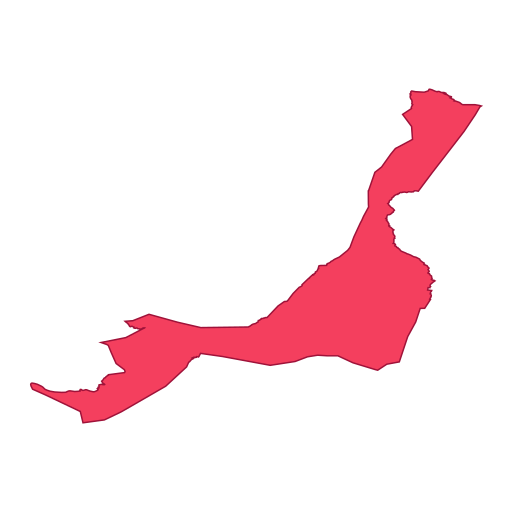 outline of Sør-Fron nor, Oppland, Norway
{"feature_id": "86288312B86605767458860", "entity_name": "Sør-Fron nor", "entity_type": "district", "adm_level": 2, "iso_a3": "NOR", "parent_name": "Norway", "parent_adm1": "Oppland", "projection": "equal_earth", "projection_center": [9.78, 61.603], "detail": "fine", "context": "isolated", "style": "filled", "palette": "rose", "viewbox_px": 512, "rotation_deg": 0, "n_neighbors": 0, "source": "geoboundaries", "source_scale": "gbopen_adm2", "svg_char_len": 5996}
<svg xmlns="http://www.w3.org/2000/svg" viewBox="0 0 512 512"><path d="M377.7,370.2L386.8,364.2L399.3,361.9L407.7,336.6L415.7,322.0L420.2,308.4L424.7,308.3L430.3,299.7L429.6,299.6L429.6,299.1L430.6,297.8L430.8,297.4L430.6,297.1L431.2,296.3L431.3,295.5L430.8,294.2L430.8,293.9L430.2,293.9L430.2,293.4L430.4,293.0L430.6,292.0L431.4,291.3L431.7,290.5L427.6,290.0L428.1,287.6L429.9,287.7L429.9,287.1L430.6,286.6L430.3,286.2L430.0,285.4L430.1,285.1L430.4,284.5L432.9,282.3L434.9,280.9L434.3,280.6L434.1,280.3L432.8,280.2L431.4,279.5L431.5,279.1L432.1,278.6L431.7,277.7L431.8,277.6L431.5,276.0L430.1,275.0L429.9,274.5L429.6,274.3L429.5,273.7L428.1,273.3L428.1,272.5L429.2,271.5L429.1,271.0L428.0,269.6L429.0,268.3L429.0,268.0L428.2,267.5L428.1,267.1L427.6,266.7L427.1,265.7L424.1,264.6L424.5,264.1L423.9,263.5L424.0,262.9L422.7,262.3L420.3,260.4L419.7,259.2L419.3,258.9L415.9,257.2L413.6,256.7L410.7,255.1L407.7,253.9L407.1,253.9L406.1,253.2L401.3,251.2L400.3,250.3L399.6,249.2L398.1,248.3L397.9,247.6L396.8,247.4L396.5,247.1L396.3,246.4L394.9,245.9L394.9,245.3L395.4,244.5L394.7,243.9L394.6,243.5L393.3,243.4L393.7,242.8L393.7,242.1L394.0,241.0L393.8,240.5L393.9,239.8L393.7,239.3L394.1,238.8L394.9,238.2L394.4,237.4L394.7,237.0L394.9,236.2L393.5,234.5L393.6,234.2L393.2,233.8L393.1,232.6L392.8,232.2L392.8,231.8L393.0,231.5L392.9,231.1L393.0,230.4L393.8,230.1L393.9,229.8L392.8,229.2L390.8,227.4L389.2,226.5L389.6,225.8L388.8,225.5L388.9,225.0L388.8,224.5L389.0,224.1L388.8,223.4L388.4,223.1L387.5,221.3L386.5,220.6L387.0,219.9L386.9,219.3L385.9,218.8L385.7,218.5L386.9,217.8L386.7,217.3L386.7,217.0L387.4,215.1L387.7,214.9L389.7,214.6L390.4,214.3L392.1,213.0L392.4,212.3L393.3,212.1L393.7,210.8L394.4,210.3L394.2,209.9L393.3,209.1L393.2,208.8L392.8,208.4L390.9,207.2L389.4,205.4L388.6,204.9L388.5,204.1L387.8,203.5L388.6,203.0L388.8,202.3L389.2,202.1L389.2,201.5L389.5,200.7L390.2,200.1L391.1,199.8L391.5,199.5L391.5,199.1L391.9,198.6L391.9,197.9L392.4,197.5L393.1,197.2L393.4,196.7L393.9,196.5L393.9,196.1L394.4,195.6L396.4,194.5L397.7,194.4L397.6,194.0L397.7,193.9L399.4,193.4L399.5,192.9L400.3,192.5L400.8,192.4L401.4,192.6L401.8,192.4L402.6,192.4L402.9,192.1L403.6,192.2L404.5,192.0L406.8,192.5L407.9,192.1L408.5,191.7L411.5,192.0L412.2,191.8L413.1,191.9L413.9,191.4L414.2,190.9L414.4,190.8L416.2,190.8L418.3,191.2L432.3,172.5L464.0,131.5L475.3,114.7L479.9,106.9L481.3,106.0L479.2,105.4L475.0,104.7L462.9,104.7L461.8,104.3L459.9,102.7L459.1,102.3L455.7,101.1L455.0,101.1L454.6,101.0L454.8,100.9L454.7,100.6L454.2,100.1L453.8,99.9L453.8,99.6L453.6,99.4L452.4,99.1L451.5,98.6L451.2,98.3L450.0,97.8L450.5,97.4L451.4,97.1L451.5,97.0L451.4,96.7L448.9,96.0L447.0,94.6L445.3,94.3L444.5,93.9L446.1,93.6L446.0,93.3L445.6,93.1L444.0,92.5L442.1,92.5L440.7,92.3L439.8,91.7L439.1,91.5L437.9,91.4L437.2,91.8L435.1,91.2L432.0,89.8L429.8,89.2L429.1,89.3L428.2,90.9L424.2,92.2L415.4,91.7L411.7,91.0L410.9,91.7L410.7,92.1L410.9,92.4L410.9,92.9L410.5,93.7L410.0,94.0L410.5,94.6L410.9,94.7L411.0,94.9L410.1,95.9L410.1,96.3L410.3,96.8L410.2,97.4L410.8,98.8L411.7,100.0L411.9,100.7L411.9,101.4L412.2,101.9L411.8,103.5L411.9,103.9L412.7,104.7L412.2,105.2L412.3,105.6L411.8,106.1L411.2,107.5L411.5,108.5L402.6,114.4L411.6,126.5L412.5,139.4L395.4,148.5L390.8,154.1L381.6,167.0L374.9,172.3L368.6,190.6L368.5,191.0L368.3,191.0L368.4,204.1L368.6,207.0L363.5,216.4L361.8,220.3L360.3,223.1L353.9,236.9L350.0,247.4L347.6,250.4L339.4,257.0L334.7,259.2L333.4,260.0L332.8,260.6L331.0,261.4L330.4,262.2L329.0,263.0L327.4,263.6L327.3,264.1L326.8,264.2L326.6,265.4L321.0,265.5L319.8,265.6L318.9,265.9L318.2,268.4L318.4,268.6L318.1,268.7L317.1,270.9L316.2,271.6L315.8,271.7L315.5,272.4L315.3,272.4L315.4,272.9L315.2,273.3L314.0,273.8L313.8,274.8L313.6,274.9L312.7,274.7L312.7,275.1L311.9,275.4L309.3,277.8L309.4,278.1L309.2,278.3L308.5,278.5L302.0,284.7L302.2,285.2L302.1,285.7L301.0,286.5L299.2,287.3L293.1,293.5L287.4,301.0L286.3,301.4L284.4,301.5L278.1,305.9L267.1,317.5L265.1,317.6L264.5,318.1L263.8,318.0L263.0,318.5L261.8,318.4L261.5,318.9L261.1,318.8L260.3,319.7L259.9,319.8L259.5,320.3L258.3,320.5L258.0,322.1L257.3,322.3L255.6,323.5L253.1,324.1L251.8,324.7L251.5,325.2L250.7,325.5L249.8,326.3L249.2,326.4L248.8,326.8L248.1,327.0L200.8,327.6L177.5,322.2L149.0,314.3L132.8,320.7L125.1,321.3L126.3,322.4L127.9,323.5L128.0,323.9L129.5,325.8L129.5,326.2L130.2,326.7L130.6,326.7L131.6,326.3L132.5,326.4L133.3,327.0L134.1,327.2L134.1,327.6L133.9,327.9L134.6,328.2L135.7,328.3L136.2,328.0L136.6,328.0L137.3,328.2L137.8,328.7L139.9,328.9L140.5,329.3L141.8,328.8L142.7,328.1L144.1,327.8L144.6,327.9L144.4,328.1L143.9,328.2L125.8,337.6L101.1,342.5L106.8,344.5L108.3,345.4L111.2,352.5L116.1,363.5L124.4,369.7L125.1,371.6L124.5,372.6L108.5,374.7L108.6,375.0L108.4,375.2L107.4,375.7L105.9,376.8L105.5,377.6L104.4,378.0L104.1,378.2L102.7,380.3L101.6,381.2L101.8,381.6L102.6,382.6L102.6,382.9L103.3,383.5L104.1,383.9L104.2,384.1L104.7,384.4L104.6,384.6L103.7,384.7L103.1,384.5L102.3,384.6L101.6,384.3L99.0,384.9L98.9,385.6L99.1,386.8L98.3,387.2L98.8,387.7L98.8,388.0L97.8,388.3L97.3,388.6L98.1,389.7L97.2,390.5L94.8,391.6L93.4,391.8L90.1,391.1L87.6,390.2L86.8,389.8L85.6,389.7L83.8,390.3L82.7,390.4L82.0,390.2L81.6,389.6L80.5,389.4L80.2,389.5L80.1,390.1L79.8,390.5L80.1,390.8L80.1,391.0L78.1,391.3L74.7,391.5L70.5,390.9L69.0,390.9L67.0,391.6L66.8,391.8L65.9,392.2L65.0,392.3L61.7,392.4L54.8,392.0L50.1,391.2L46.8,390.1L44.9,389.2L42.8,387.1L41.4,386.2L37.4,384.3L34.6,383.5L32.2,383.1L31.5,383.2L31.1,383.5L30.8,384.0L30.7,384.7L31.1,386.2L32.6,389.2L45.0,394.7L80.3,411.5L83.0,422.8L104.4,419.9L121.3,411.8L165.7,386.2L186.6,366.9L188.7,362.2L189.5,361.8L191.4,359.6L193.3,358.6L192.2,358.0L193.7,357.3L194.7,357.3L195.2,357.5L196.4,357.3L196.5,357.0L196.3,356.8L196.5,356.6L197.9,356.8L198.4,357.0L198.9,356.6L200.5,353.4L202.8,353.7L203.0,353.6L203.5,353.8L222.5,356.5L270.2,365.3L295.1,361.5L307.5,356.8L317.6,355.2L327.4,355.8L337.9,355.8L353.0,362.8L375.0,369.5L377.7,370.2Z" fill="#f43f5e" stroke="#9f1239" stroke-width="1.5"/></svg>